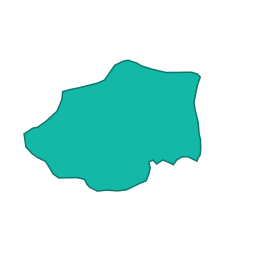 Sijung, Chagang-do, North Korea (orthographic projection), rotated 227°
{"feature_id": "82179303B78887339067777", "entity_name": "Sijung", "entity_type": "district", "adm_level": 2, "iso_a3": "PRK", "parent_name": "North Korea", "parent_adm1": "Chagang-do", "projection": "orthographic", "projection_center": [126.385, 41.005], "detail": "fine", "context": "isolated", "style": "filled", "palette": "teal", "viewbox_px": 256, "rotation_deg": 227, "n_neighbors": 0, "source": "geoboundaries", "source_scale": "gbopen_adm2", "svg_char_len": 1029}
<svg xmlns="http://www.w3.org/2000/svg" viewBox="0 0 256 256"><g transform="rotate(227 128 128)"><path d="M194.6,48.0L183.7,40.4L174.4,40.4L167.8,41.9L159.8,44.9L151.9,43.4L145.3,41.9L138.6,43.4L133.3,49.3L126.6,56.7L122.6,59.6L119.9,61.1L114.7,59.6L110.7,59.6L102.7,62.6L97.3,69.9L89.3,77.3L83.9,84.6L79.8,97.9L77.1,105.2L79.7,111.1L83.6,117.0L88.9,120.0L87.5,124.4L82.2,124.4L80.8,131.7L74.2,134.7L70.2,136.1L71.4,142.0L70.0,147.9L66.0,152.3L62.0,153.8L58.0,155.3L56.8,155.9L58.0,158.2L59.3,162.6L63.2,167.0L69.8,172.9L75.1,175.9L84.3,183.2L94.9,189.1L101.5,193.5L108.1,202.4L112.1,208.2L116.0,215.6L120.0,215.6L125.3,212.6L130.7,206.8L134.7,202.3L138.8,197.9L142.8,193.5L149.5,189.1L155.3,185.2L156.2,184.7L164.2,180.2L169.5,178.7L177.5,174.3L180.2,169.9L182.9,161.1L181.6,155.2L180.3,149.3L179.1,143.4L181.8,136.0L185.8,128.7L190.6,120.0L195.2,112.5L199.2,105.1L194.0,99.2L191.3,93.4L188.7,87.5L188.8,80.1L188.8,72.8L190.2,62.5L192.9,58.0L194.3,49.2L194.6,48.0Z" fill="#14b8a6" stroke="#0f766e" stroke-width="1.5"/></g></svg>